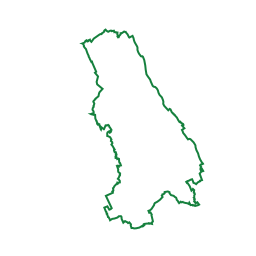 Clonmel Lea-6, South Tipperary, Ireland, rotated 246°
{"feature_id": "5873133B92234253465118", "entity_name": "Clonmel Lea-6", "entity_type": "district", "adm_level": 2, "iso_a3": "IRL", "parent_name": "Ireland", "parent_adm1": "South Tipperary", "projection": "robinson", "projection_center": [-7.699, 52.42], "detail": "fine", "context": "isolated", "style": "outline", "palette": "green", "viewbox_px": 256, "rotation_deg": 246, "n_neighbors": 0, "source": "geoboundaries", "source_scale": "gbopen_adm2", "svg_char_len": 5147}
<svg xmlns="http://www.w3.org/2000/svg" viewBox="0 0 256 256"><g transform="rotate(246 128 128)"><path d="M32.9,106.7L32.0,108.4L32.4,108.6L30.6,110.9L32.0,111.2L32.2,112.2L32.6,112.8L38.9,114.0L39.3,114.5L41.7,114.2L41.9,112.9L44.0,113.0L43.9,114.8L44.5,116.6L47.0,120.5L47.8,121.0L48.5,122.0L48.7,124.7L49.4,127.9L50.9,131.5L52.5,131.4L52.6,131.8L53.4,132.5L53.1,133.2L53.3,134.5L53.6,135.0L54.0,135.0L54.6,135.4L53.8,138.6L52.5,139.8L51.5,139.4L49.2,140.0L47.5,142.1L45.9,142.8L44.8,143.6L43.9,143.6L42.7,143.3L40.8,143.9L39.5,143.9L39.4,144.1L38.6,144.2L39.2,146.2L38.4,146.5L38.2,147.9L37.9,147.9L36.3,149.8L35.1,151.6L33.9,152.6L34.8,153.6L32.1,153.8L31.4,155.9L30.7,155.9L30.3,157.5L29.5,157.6L29.0,160.6L29.1,161.8L32.0,161.1L31.7,159.2L33.8,158.7L33.8,159.2L35.6,159.3L35.9,160.1L37.4,159.8L37.4,160.2L39.5,161.1L40.3,162.1L41.0,162.0L41.3,162.3L42.2,161.8L44.3,163.2L45.9,162.5L45.1,161.2L44.9,160.5L49.8,160.7L53.8,160.0L53.8,159.5L55.1,159.3L55.3,160.7L55.1,162.0L55.3,164.4L55.1,165.7L52.7,165.7L51.3,165.5L49.9,166.9L49.0,167.4L50.0,169.9L50.0,172.1L50.6,172.3L50.3,174.4L57.2,174.9L58.1,176.8L58.6,178.3L58.1,178.7L58.1,179.2L60.1,179.0L59.9,178.7L60.3,177.8L59.7,177.7L59.7,177.3L61.0,177.4L61.7,178.2L62.0,178.1L62.7,179.0L64.5,178.6L65.0,179.3L64.8,179.5L64.8,180.9L64.8,182.0L65.0,182.0L66.3,181.5L70.0,181.1L73.2,181.2L76.3,181.7L79.9,181.5L83.0,181.9L84.6,182.5L85.2,182.5L88.2,182.1L92.4,180.5L93.2,179.5L93.2,178.2L95.7,177.6L95.9,177.6L96.1,177.6L98.9,177.0L99.0,177.0L99.1,176.9L101.0,176.4L103.0,176.6L104.3,176.5L104.8,179.4L108.1,178.4L108.2,179.9L108.7,180.0L109.2,179.7L109.5,179.8L109.8,179.4L110.2,179.3L110.3,178.9L111.2,178.7L111.3,178.5L113.3,178.2L112.3,177.9L112.4,177.5L114.7,177.1L117.7,176.9L120.0,176.1L120.5,176.2L121.1,175.6L122.4,175.5L123.0,175.2L123.0,174.9L124.8,174.4L127.7,174.4L128.5,173.8L127.8,172.0L133.5,170.1L135.7,170.0L137.6,171.0L139.3,171.3L142.2,171.4L145.4,170.3L147.8,170.2L150.1,170.6L152.3,170.4L154.3,169.6L155.4,168.2L156.5,167.7L161.1,167.7L163.3,167.9L166.5,167.2L169.5,166.7L174.1,167.9L178.1,169.2L183.6,170.5L187.1,170.6L187.7,170.3L187.9,169.4L188.3,169.0L191.4,168.3L193.4,168.2L195.5,168.4L197.4,169.3L198.6,169.5L203.5,169.0L205.5,169.1L207.9,169.6L210.3,169.6L210.1,166.0L210.6,165.8L213.7,165.7L216.0,165.0L216.7,165.0L216.8,164.5L217.7,163.7L217.2,161.3L217.6,159.8L216.6,159.4L215.7,157.4L214.8,156.5L215.1,156.1L215.0,155.8L216.0,155.6L216.8,156.3L217.3,156.4L217.8,156.3L219.5,157.2L219.9,156.3L220.2,156.2L220.3,155.6L221.2,155.0L221.2,154.5L222.6,154.7L223.1,152.5L223.6,152.5L224.1,151.5L224.1,150.2L223.9,149.4L224.0,149.0L225.6,147.9L227.0,147.5L226.8,146.4L226.4,145.7L225.8,145.5L225.3,144.4L225.3,143.1L224.6,142.2L224.6,141.6L225.0,141.1L225.0,140.2L223.6,133.1L221.6,129.6L223.2,128.9L224.2,129.1L224.2,127.3L223.5,126.8L223.6,126.0L225.0,125.7L224.9,125.0L224.7,125.0L224.5,124.1L223.7,123.0L223.8,120.7L223.3,121.3L222.7,121.1L221.5,121.3L220.6,121.1L220.5,120.9L219.3,121.0L217.3,121.7L212.4,121.3L209.9,121.4L209.2,121.1L207.7,121.3L206.6,121.2L203.2,121.4L203.2,122.1L201.8,121.9L192.3,121.8L191.9,120.3L187.3,121.6L182.9,118.1L180.4,117.6L174.1,120.7L172.3,116.6L171.5,115.7L169.0,113.9L168.1,110.5L167.7,110.1L167.7,109.5L167.1,108.8L166.7,107.6L166.1,107.0L164.1,107.2L162.8,106.2L162.1,105.3L161.3,105.3L160.5,103.9L159.1,103.0L157.2,103.3L155.7,102.8L155.4,101.4L155.8,101.1L155.6,100.4L155.8,99.8L155.4,100.1L155.0,101.1L154.3,101.5L154.5,102.0L153.9,102.4L153.4,103.3L149.9,102.0L147.9,102.0L147.0,102.2L146.7,101.9L145.3,102.1L145.1,101.8L144.5,101.5L144.1,101.8L143.8,101.8L143.7,102.3L143.1,102.2L143.0,103.3L141.4,103.0L141.2,103.2L140.7,102.8L139.4,102.9L138.2,102.6L137.6,102.7L139.3,104.1L136.8,105.4L137.0,105.7L136.9,105.8L139.5,108.6L138.9,109.5L139.1,109.9L138.8,110.4L138.9,111.1L137.9,111.6L136.6,111.4L135.9,111.7L133.0,112.1L132.7,110.7L131.8,110.9L131.7,110.2L131.2,110.2L131.1,109.4L132.6,109.0L132.4,107.7L131.7,106.9L129.1,105.8L128.5,106.6L126.9,107.9L125.4,108.1L124.4,107.9L124.2,108.1L123.1,107.1L121.5,107.8L120.4,107.5L119.6,106.1L117.8,106.6L114.1,107.0L114.2,106.6L113.2,106.4L113.1,106.1L112.5,106.0L111.4,106.0L110.9,107.0L108.6,106.7L108.8,106.1L107.1,105.8L107.1,105.0L105.7,104.5L105.3,105.6L104.0,105.5L104.0,106.8L103.5,107.2L100.7,106.2L99.7,106.1L99.2,106.5L96.7,106.3L97.0,104.6L97.5,103.7L96.7,103.7L97.5,102.5L94.1,102.2L92.9,101.5L91.7,101.3L89.8,102.3L89.3,101.8L88.7,101.8L88.1,101.5L87.9,101.2L88.1,101.0L86.6,99.6L85.7,98.1L84.5,98.7L83.0,99.0L81.6,98.4L81.9,97.1L81.3,96.0L82.2,95.8L81.8,95.4L80.4,91.9L79.2,90.5L79.1,89.8L77.0,89.3L76.4,88.7L76.6,88.4L76.4,87.8L75.0,87.8L75.0,80.2L61.4,80.5L60.9,79.1L61.0,77.7L64.8,77.3L64.9,74.0L60.6,73.8L60.3,74.1L58.3,73.6L58.1,74.1L56.9,73.7L56.4,73.8L54.8,73.5L54.4,74.0L52.2,74.2L51.0,74.1L51.4,76.6L50.8,78.8L50.5,82.0L51.1,83.7L50.3,85.7L49.4,85.9L47.5,85.2L43.4,85.2L43.8,86.4L44.2,86.7L44.1,87.5L42.9,88.3L42.8,88.6L42.1,89.0L41.1,89.4L41.3,90.8L38.8,91.5L38.1,90.9L35.2,90.5L34.7,91.7L33.8,92.7L33.1,94.5L32.4,97.9L32.8,101.2L32.2,101.1L32.1,101.6L32.6,103.4L33.7,103.3L33.8,103.7L32.9,106.7Z" fill="none" stroke="#15803d" stroke-width="2"/></g></svg>